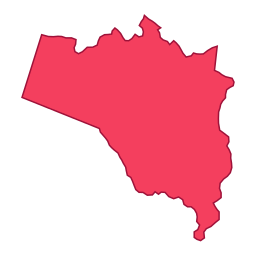 the district of Gracho Cardoso, Sergipe, Brazil
{"feature_id": "56859067B73235576030104", "entity_name": "Gracho Cardoso", "entity_type": "district", "adm_level": 2, "iso_a3": "BRA", "parent_name": "Brazil", "parent_adm1": "Sergipe", "projection": "mercator", "projection_center": [-37.201, -10.239], "detail": "fine", "context": "isolated", "style": "filled", "palette": "rose", "viewbox_px": 256, "rotation_deg": 0, "n_neighbors": 0, "source": "geoboundaries", "source_scale": "gbopen_adm2", "svg_char_len": 1907}
<svg xmlns="http://www.w3.org/2000/svg" viewBox="0 0 256 256"><path d="M217.2,46.2L212.3,47.8L207.6,50.6L203.4,53.9L200.1,54.1L196.6,53.9L193.5,53.0L191.3,55.8L186.1,57.0L183.0,53.3L180.7,49.1L179.0,46.1L176.2,42.9L173.7,40.7L169.7,44.6L167.4,41.5L163.1,39.9L160.3,37.4L159.5,32.8L157.6,29.8L160.7,27.8L157.9,25.8L155.1,23.3L152.4,21.3L148.5,19.0L144.4,15.4L143.4,18.8L141.3,21.6L139.3,25.5L142.4,28.2L143.4,31.9L142.6,35.9L138.9,36.9L135.1,34.3L131.9,38.6L128.7,40.7L125.2,40.6L123.1,37.9L120.6,33.4L117.5,30.0L114.9,28.0L112.2,31.0L111.6,34.1L108.2,34.5L104.5,34.7L100.1,37.1L98.4,40.8L97.2,45.1L92.7,47.2L87.2,47.3L82.5,51.7L78.5,53.7L74.9,51.6L74.1,47.7L75.6,44.2L76.0,39.6L71.6,37.9L65.9,37.9L61.7,36.5L58.0,36.3L53.4,36.7L48.3,36.5L41.7,34.7L24.1,90.7L22.0,97.4L99.4,128.5L100.4,132.1L103.0,135.1L105.5,138.0L107.7,141.0L109.4,145.2L111.6,147.6L114.2,150.0L118.0,153.0L120.0,157.4L121.8,160.1L123.3,163.2L125.7,167.2L126.3,170.7L127.3,175.2L130.8,177.4L132.5,181.1L134.1,185.3L135.8,189.6L139.0,192.3L143.0,192.4L147.3,195.2L152.4,194.9L155.1,191.8L158.5,194.2L161.2,192.1L165.1,192.4L168.8,196.6L173.7,198.7L178.6,197.0L182.7,199.7L184.0,204.4L187.6,206.8L191.2,206.8L194.5,209.5L196.6,213.3L197.2,216.9L196.7,221.5L199.6,225.0L197.8,229.6L194.2,231.9L194.2,237.4L196.9,239.3L200.6,240.6L204.4,237.9L203.8,232.1L206.4,228.6L211.0,226.4L215.4,222.5L219.1,219.5L219.1,215.6L219.1,211.9L217.0,209.5L214.8,206.1L213.3,203.0L217.2,200.6L221.1,197.6L221.1,192.8L219.5,188.4L220.1,183.2L223.6,179.0L227.4,176.2L230.3,172.7L231.8,167.6L231.5,163.1L230.7,158.1L230.9,154.0L229.1,149.7L226.8,145.9L228.9,141.8L228.6,136.9L222.6,132.3L219.7,130.2L218.5,123.2L218.4,118.4L218.6,112.0L219.9,108.0L220.7,104.3L222.6,101.0L225.5,97.8L225.5,94.5L226.7,89.7L229.9,87.4L233.2,85.7L234.0,82.1L232.1,78.3L225.5,76.7L221.8,74.7L218.9,72.4L214.5,70.4L217.2,46.2Z" fill="#f43f5e" stroke="#9f1239" stroke-width="1.5"/></svg>